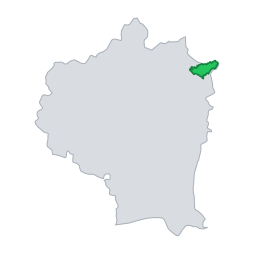 Brahin, Gomel, Belarus shown in context, rotated 268°
{"feature_id": "67162791B77344314095023", "entity_name": "Brahin", "entity_type": "district", "adm_level": 2, "iso_a3": "BLR", "parent_name": "Belarus", "parent_adm1": "Gomel", "projection": "orthographic", "projection_center": [30.376, 51.651], "detail": "fine", "context": "in_parent", "style": "filled", "palette": "green", "viewbox_px": 256, "rotation_deg": 268, "n_neighbors": 0, "source": "geoboundaries", "source_scale": "gbopen_adm2", "svg_char_len": 7245}
<svg xmlns="http://www.w3.org/2000/svg" viewBox="0 0 256 256"><g transform="rotate(268 128 128)"><path d="M217.0,188.7L212.6,188.5L207.3,188.7L204.4,190.8L201.1,189.8L198.9,191.0L193.6,196.8L191.6,199.8L189.7,204.6L188.5,208.1L189.1,210.5L190.1,212.8L190.3,215.3L190.8,217.2L189.5,218.6L188.8,220.6L186.5,220.3L183.8,218.3L183.2,215.5L181.1,213.6L179.7,212.6L177.4,212.4L173.8,213.3L169.0,214.0L165.4,214.1L163.4,215.1L160.5,216.0L159.4,214.8L157.8,211.6L156.5,208.5L155.6,207.1L154.9,206.7L153.9,206.7L152.7,207.7L151.9,208.7L148.9,209.8L147.5,210.9L146.0,213.8L145.0,213.6L144.0,212.9L143.0,209.6L141.4,208.8L138.9,208.7L135.8,207.9L133.3,206.9L132.3,207.1L130.8,208.4L129.2,208.6L125.6,207.2L124.9,207.8L122.7,211.3L121.7,211.4L121.2,211.0L121.6,207.8L119.6,206.7L116.1,206.4L113.6,206.7L112.4,206.5L111.8,205.9L109.1,200.5L107.5,200.1L104.6,200.3L100.5,199.4L95.7,198.0L93.1,197.4L91.8,196.2L88.8,195.6L81.0,192.9L77.8,192.3L73.0,192.0L65.7,191.0L61.1,191.0L58.9,191.5L56.3,191.8L47.7,191.7L44.5,192.1L43.5,193.1L42.3,195.4L38.4,199.2L34.7,201.7L34.0,201.9L32.1,200.2L30.5,199.6L28.5,199.3L27.1,199.6L26.1,200.2L25.9,203.4L25.7,203.7L24.5,199.7L25.0,196.3L26.0,194.4L27.2,192.7L27.0,190.1L28.4,186.6L28.6,184.1L28.3,183.0L27.6,181.6L25.5,180.0L24.6,178.8L21.7,177.1L18.9,174.9L18.5,173.8L18.7,173.0L19.4,171.9L22.0,168.7L24.8,165.7L26.5,164.5L35.2,161.0L36.6,159.6L37.2,157.1L37.5,152.1L37.4,147.4L37.1,144.1L36.0,138.0L32.9,125.3L31.6,112.2L33.2,113.1L37.1,113.8L40.2,113.1L41.8,113.2L43.2,113.6L47.3,113.2L48.2,114.4L49.9,115.6L53.6,114.4L56.9,112.9L60.2,113.3L60.7,112.5L61.9,108.0L62.9,107.1L66.8,107.8L68.3,107.1L69.9,105.0L72.3,103.7L74.3,103.9L76.4,102.4L77.3,103.6L77.6,105.5L76.9,106.9L77.1,107.5L78.4,108.4L80.8,108.5L82.4,108.0L82.8,107.1L82.9,105.6L82.6,104.1L81.7,102.8L79.8,102.0L78.5,101.9L78.4,101.1L78.9,99.4L80.3,96.4L81.9,93.6L82.8,92.6L83.1,91.6L83.0,89.9L83.2,86.8L84.7,82.5L86.6,79.4L89.0,78.5L91.8,78.1L93.7,76.6L94.7,74.9L95.6,72.1L96.5,71.6L103.2,72.3L104.3,69.6L105.0,68.8L106.3,68.1L107.2,67.1L106.9,66.4L105.3,65.8L101.3,65.1L100.5,64.2L100.8,63.1L102.1,60.3L103.3,56.6L104.0,53.8L104.1,52.1L104.7,51.6L108.0,51.3L109.1,50.7L112.0,47.0L114.2,46.4L119.6,47.6L122.1,47.7L125.3,48.1L125.5,47.7L126.8,43.9L132.4,37.8L135.4,35.8L137.2,35.4L137.8,35.5L140.6,38.9L141.3,39.0L143.2,37.7L146.5,37.7L148.0,38.8L150.1,42.9L151.3,43.4L154.6,41.2L156.4,40.5L157.5,40.6L163.6,43.8L164.0,44.8L164.0,46.0L163.0,49.6L164.3,51.9L165.7,53.4L168.9,50.9L170.1,50.2L171.3,50.2L173.0,49.3L174.3,47.9L175.5,47.4L177.7,47.8L181.8,47.4L186.5,49.7L186.9,50.3L189.3,52.9L190.1,54.2L190.9,54.6L192.2,55.9L193.9,56.6L195.0,56.4L195.6,56.8L196.1,57.8L196.2,59.5L196.1,64.3L194.4,66.9L194.1,67.7L194.2,68.8L195.6,70.9L197.4,74.1L197.8,76.0L197.8,77.4L195.5,81.6L194.7,82.5L194.1,84.6L193.8,86.7L194.0,87.5L198.1,90.8L201.1,92.6L201.8,93.4L201.9,94.0L200.3,97.5L200.1,98.5L202.6,99.9L203.9,102.2L205.2,106.0L207.5,109.6L216.2,114.7L217.0,115.7L217.3,116.8L217.1,119.3L215.6,124.0L217.1,124.7L220.9,124.4L225.6,124.9L231.3,128.1L231.3,129.6L230.8,131.0L231.2,132.4L231.9,133.6L236.8,137.2L237.3,138.3L237.5,140.1L237.4,141.4L236.0,141.7L234.6,142.4L232.2,144.1L231.2,146.4L227.3,149.6L224.9,151.0L222.9,151.2L218.3,150.6L216.6,149.1L215.9,147.7L214.1,147.1L211.7,147.1L208.4,147.4L207.7,147.8L207.2,149.6L205.9,152.5L204.9,154.2L209.2,160.0L211.3,162.4L212.0,163.9L212.0,164.9L211.0,166.2L211.2,168.7L213.3,171.9L212.6,172.4L212.5,176.5L212.6,180.8L213.2,181.8L214.3,182.6L215.3,184.2L216.9,187.8L217.0,188.7Z" fill="#d9dde1" stroke="#a8b0b8" stroke-width="1"/><path d="M189.5,203.9L189.4,203.7L189.2,203.3L189.2,203.1L189.1,202.8L189.0,202.7L188.8,202.6L188.7,202.5L188.6,202.3L188.6,202.1L188.7,201.9L188.8,201.6L188.8,201.3L188.7,201.1L188.3,201.0L188.0,201.0L187.8,200.9L187.6,200.8L187.5,200.6L187.6,200.4L187.8,200.2L188.0,200.2L188.0,199.9L187.9,199.8L188.0,199.7L188.1,199.4L188.0,199.2L187.8,199.2L187.6,199.2L187.5,199.4L187.5,199.6L187.2,199.6L187.0,199.4L186.8,199.3L186.6,199.3L186.4,199.2L186.1,199.1L185.9,199.0L185.7,199.0L185.6,198.8L185.7,198.7L185.7,198.4L185.7,198.2L185.8,198.1L186.1,198.0L186.1,197.9L186.1,197.7L185.9,197.4L185.9,197.2L186.1,197.2L186.3,197.1L186.4,196.9L186.5,196.8L186.6,196.6L186.6,196.4L186.5,196.1L186.4,196.1L186.2,196.0L185.9,196.0L185.7,196.0L185.6,195.9L185.7,195.7L185.9,195.5L186.0,195.3L186.2,195.1L186.3,195.0L186.5,194.8L186.6,194.5L186.7,194.3L186.8,194.1L186.9,193.8L186.9,193.6L186.6,193.4L186.4,193.3L186.1,193.2L185.8,193.3L185.6,193.3L185.4,193.4L185.2,193.5L184.9,193.7L184.8,193.9L184.7,194.1L184.4,194.4L184.2,194.5L184.1,194.2L184.2,193.8L184.3,193.7L184.6,193.3L184.7,193.2L184.9,193.0L185.0,192.9L185.0,192.6L185.0,192.3L184.9,192.1L184.8,191.9L184.6,191.9L184.5,192.0L184.4,192.1L184.4,192.3L184.2,192.3L184.1,192.1L184.0,191.8L183.7,191.9L183.5,192.0L183.2,192.1L183.0,192.3L183.0,192.7L182.8,192.8L182.6,193.1L182.3,193.3L182.0,193.5L181.7,193.6L181.5,193.8L181.6,194.1L181.3,194.4L181.0,194.4L180.8,194.5L180.6,194.6L180.4,194.9L180.2,195.1L179.9,195.3L179.6,195.3L179.4,195.5L179.4,195.8L179.6,195.9L179.5,196.3L179.8,196.5L180.0,196.8L180.0,197.3L180.0,197.7L179.7,198.0L179.6,198.6L179.4,199.0L179.1,199.4L178.9,199.5L178.6,199.6L178.5,200.0L178.5,200.6L178.3,201.0L178.1,201.2L177.8,201.3L177.5,201.4L177.4,201.6L177.5,202.0L177.3,202.2L177.0,202.3L176.8,202.5L176.7,202.8L176.5,203.1L176.4,203.4L176.2,203.9L176.0,204.1L175.7,204.1L175.5,203.9L175.3,204.0L175.2,204.2L175.0,204.4L174.9,204.7L174.8,205.0L175.1,205.0L175.5,205.2L175.8,205.2L176.2,205.1L176.4,205.0L176.5,204.8L176.5,204.5L176.7,204.4L177.1,204.6L177.5,204.8L178.0,205.0L178.2,205.5L177.8,206.1L177.7,206.3L177.8,206.7L178.1,207.0L178.4,207.1L178.4,207.3L178.4,207.5L178.5,207.8L178.8,207.9L179.2,208.0L179.5,208.1L179.8,208.4L179.8,208.6L179.7,208.7L179.9,209.0L180.1,209.3L179.9,209.5L179.6,209.9L179.3,210.2L179.5,210.4L180.1,210.7L180.5,211.0L180.8,211.1L181.1,211.4L181.4,211.6L181.7,211.7L182.1,211.9L182.5,212.2L182.8,212.4L183.0,212.7L183.4,212.9L183.6,213.0L183.9,213.6L184.0,213.8L184.3,213.9L184.5,214.1L184.6,214.3L184.5,214.6L184.5,214.9L184.7,215.3L184.8,215.6L184.8,215.9L184.7,216.1L184.4,216.3L184.1,216.4L184.2,216.7L184.6,217.1L184.8,217.5L185.2,217.8L185.5,218.0L185.9,218.3L186.3,218.5L187.0,218.4L187.4,218.5L187.5,218.9L187.5,219.2L187.6,219.4L187.7,219.6L187.9,219.6L188.1,219.6L188.5,219.6L188.9,219.9L189.1,220.2L189.6,220.2L189.8,220.1L190.0,219.8L190.3,219.9L190.6,219.8L190.7,219.5L190.9,219.1L191.0,218.7L191.0,218.3L191.1,218.1L191.5,217.9L191.9,217.9L192.1,217.7L192.3,217.5L192.4,217.3L192.4,217.1L192.2,216.8L192.0,216.5L191.9,216.3L191.7,216.0L191.5,215.7L191.4,215.4L191.2,215.0L191.1,214.7L190.9,214.5L190.7,214.3L190.4,214.3L190.4,214.1L190.2,214.1L190.1,213.8L190.1,213.5L190.2,213.2L190.5,213.0L190.9,212.9L191.2,212.7L191.2,212.4L191.1,212.1L190.6,211.6L190.2,211.1L189.8,210.4L189.9,210.1L189.9,209.8L189.9,209.6L189.5,209.6L189.2,209.5L188.9,209.2L188.8,208.9L188.9,208.7L189.2,208.4L189.2,208.1L189.0,207.9L189.0,207.7L189.4,207.3L189.4,207.0L189.3,206.8L189.1,206.4L189.0,206.2L188.8,206.0L188.6,205.5L188.6,205.3L188.7,205.0L189.0,204.8L189.3,204.8L189.5,204.6L189.5,204.3L189.5,204.0L189.5,203.9Z" fill="#22c55e" stroke="#15803d" stroke-width="1.5"/></g></svg>